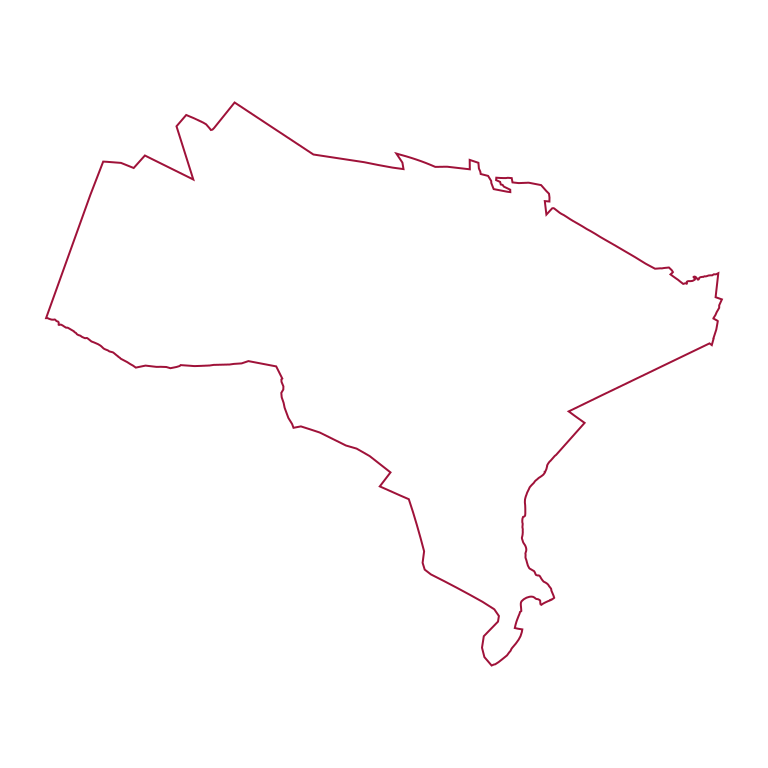 Ciuchici, Caras-Severin, Romania (Equal Earth projection)
{"feature_id": "2599482B8913809213813", "entity_name": "Ciuchici", "entity_type": "district", "adm_level": 2, "iso_a3": "ROU", "parent_name": "Romania", "parent_adm1": "Caras-Severin", "projection": "equal_earth", "projection_center": [21.626, 44.928], "detail": "fine", "context": "isolated", "style": "outline", "palette": "rose", "viewbox_px": 768, "rotation_deg": 0, "n_neighbors": 0, "source": "geoboundaries", "source_scale": "gbopen_adm2", "svg_char_len": 6082}
<svg xmlns="http://www.w3.org/2000/svg" viewBox="0 0 768 768"><path d="M491.6,665.5L494.0,664.5L495.2,664.3L498.6,662.1L502.8,658.8L507.0,655.4L509.1,652.5L510.5,650.9L511.6,648.6L512.9,647.0L515.8,643.6L518.6,639.7L520.5,636.2L521.8,632.2L522.3,629.4L517.9,628.7L514.8,628.0L515.6,624.6L516.4,621.8L517.0,620.1L518.5,616.2L519.6,613.6L520.0,612.0L520.9,611.4L521.3,611.0L521.1,608.1L520.8,605.0L520.8,603.6L521.0,602.4L521.6,601.2L523.7,599.3L526.5,597.7L529.4,596.8L531.1,596.6L532.9,596.8L534.5,597.6L535.6,598.6L536.6,599.0L538.0,599.2L539.6,600.0L540.2,600.8L540.2,601.3L540.3,602.9L540.4,603.8L540.6,604.4L541.2,604.7L541.5,604.8L542.1,604.2L544.4,602.9L545.8,602.2L548.2,601.1L549.3,600.7L550.9,600.0L550.7,599.8L552.2,599.2L553.5,598.4L554.0,598.0L554.2,597.8L553.9,596.9L553.5,595.6L552.4,593.0L551.6,591.1L551.3,590.2L551.2,589.1L551.0,588.6L550.1,587.4L549.2,586.3L548.2,584.7L547.5,584.0L546.5,583.2L545.2,582.4L544.3,582.0L543.5,581.5L543.1,581.0L542.4,580.2L541.7,579.2L541.2,578.5L540.6,577.4L539.9,576.2L539.3,575.7L538.9,575.5L538.5,575.4L538.2,575.5L537.8,575.5L537.1,575.3L536.1,575.0L535.8,574.6L535.6,574.3L535.0,572.8L534.4,571.6L533.9,571.0L533.3,570.7L531.1,569.4L529.7,568.6L529.2,568.1L528.8,567.3L528.3,566.4L527.8,565.4L527.6,564.6L527.0,562.6L526.6,561.1L526.4,560.3L525.8,558.6L525.5,557.7L525.5,556.5L525.6,554.8L525.5,554.2L525.4,553.6L525.6,552.7L526.2,550.8L526.3,549.6L526.2,548.5L525.9,547.3L525.5,546.2L524.9,545.0L524.2,544.0L523.3,542.6L522.9,541.6L522.7,540.8L522.0,538.7L521.9,538.1L521.9,537.6L522.3,536.2L522.6,534.5L522.8,532.1L522.7,530.9L522.8,529.4L522.6,528.1L522.4,527.2L522.6,525.1L522.7,523.8L522.4,522.6L522.3,522.0L522.3,520.3L522.5,518.5L523.1,516.9L523.6,516.8L524.2,516.5L524.7,516.1L525.1,515.6L525.3,513.7L525.3,512.1L525.3,508.8L525.2,505.7L525.1,504.5L524.9,502.8L524.9,501.4L525.0,499.5L525.5,497.4L525.9,496.1L526.5,494.6L527.0,493.0L527.6,491.7L528.8,489.3L529.7,487.3L530.7,486.1L531.6,485.1L533.2,483.5L533.8,482.9L534.9,481.3L535.7,480.5L536.2,480.1L537.2,479.3L538.1,478.5L538.6,478.0L540.5,476.8L542.3,475.5L543.4,474.6L544.2,473.5L544.7,472.7L544.7,472.2L545.0,472.3L545.3,471.6L545.6,470.7L546.2,469.6L546.6,468.3L546.8,467.3L547.1,466.5L547.0,466.0L547.2,465.6L547.4,464.8L548.4,463.2L549.5,461.7L550.5,460.8L552.7,458.3L554.8,455.9L556.1,454.9L582.8,424.9L584.6,422.9L574.8,415.9L568.7,411.4L601.6,395.4L709.5,343.4L711.8,345.1L713.6,338.6L713.4,338.5L716.3,329.5L717.8,321.1L717.2,320.6L713.4,318.5L713.5,318.1L715.5,314.9L716.6,312.3L719.2,307.8L719.2,305.3L721.9,299.4L715.6,297.2L718.3,273.2L716.1,274.3L714.8,274.3L713.8,274.3L712.2,275.3L710.6,275.3L708.6,275.5L706.6,276.2L705.7,276.4L704.5,276.3L704.0,276.5L703.4,276.9L702.1,276.9L700.9,277.1L700.2,277.3L699.2,278.0L698.9,279.0L698.6,279.4L698.2,279.6L697.9,279.6L697.6,279.4L697.1,278.6L696.0,277.3L695.3,276.8L694.5,276.6L694.0,276.7L693.6,276.9L693.6,277.2L694.2,277.9L695.0,278.7L695.0,279.2L694.8,279.6L694.4,279.9L694.0,280.1L693.1,280.6L692.5,280.9L691.0,281.1L689.1,281.1L688.0,281.2L687.2,281.5L686.8,281.9L686.7,282.2L687.0,283.0L686.9,283.4L686.7,283.7L685.9,283.3L685.2,283.3L683.9,283.7L683.2,283.9L680.6,281.9L677.9,279.7L676.7,278.9L672.9,276.2L670.5,274.4L671.4,273.6L672.1,273.0L672.9,272.1L671.9,270.4L670.5,269.0L668.9,267.5L667.1,267.7L665.0,267.9L663.4,268.1L661.9,268.4L660.4,268.3L659.3,268.4L656.7,268.6L655.0,268.7L650.5,266.3L647.7,264.8L645.5,263.6L640.3,260.4L635.3,257.3L630.2,254.3L625.2,251.4L620.1,248.4L615.1,245.5L610.1,242.6L605.0,239.7L600.0,236.8L595.2,233.8L590.4,231.0L586.7,229.0L582.5,226.4L578.9,224.3L573.1,221.0L570.0,219.1L566.2,216.6L565.2,216.0L564.0,215.2L561.3,213.8L559.6,212.7L557.3,210.9L554.1,208.4L553.8,208.3L553.6,208.2L553.1,208.2L552.2,208.3L546.4,214.6L544.8,201.1L549.4,201.5L549.4,201.4L549.5,197.6L549.0,193.7L546.3,191.0L541.1,185.1L528.7,182.7L518.8,183.1L512.5,182.4L511.7,178.1L507.8,177.8L505.7,178.1L500.8,178.0L496.3,177.7L496.1,180.1L500.1,181.9L500.8,184.5L502.6,184.9L503.8,186.6L510.2,189.7L510.3,192.1L507.1,191.7L493.7,189.1L493.1,187.7L491.3,183.0L491.2,181.0L488.1,175.9L480.7,174.0L480.3,171.6L478.9,168.5L478.4,162.8L469.7,159.9L469.8,169.3L447.0,166.7L435.3,166.9L430.6,164.9L425.9,163.0L421.1,161.2L416.2,159.5L411.3,157.9L406.4,156.4L401.4,155.0L396.4,153.6L402.4,162.6L403.5,169.1L392.5,167.6L378.2,165.0L364.2,162.2L313.4,154.5L234.6,102.5L214.0,128.1L212.5,129.6L210.9,130.0L209.5,128.2L206.1,124.3L203.2,122.6L193.4,118.0L186.2,115.0L176.5,126.3L193.3,179.5L152.1,159.1L144.9,155.5L133.7,168.0L121.0,162.9L106.7,161.8L103.2,161.6L90.3,195.0L46.1,318.1L47.6,318.1L49.0,318.8L50.2,319.2L51.5,319.6L52.7,319.7L53.7,319.7L54.4,319.5L55.0,319.6L55.4,319.9L56.0,320.6L56.6,321.1L58.0,321.6L58.6,322.3L58.7,322.8L58.7,323.9L58.6,324.4L58.7,324.8L59.1,324.9L60.6,324.6L61.4,324.8L63.0,325.7L64.3,326.6L66.1,327.7L67.5,327.7L68.1,327.9L73.9,331.3L74.5,332.1L76.0,333.0L76.9,334.2L77.9,334.8L78.7,335.2L79.6,335.4L80.5,335.8L82.0,336.9L84.5,338.0L85.1,338.2L86.6,338.0L87.2,338.1L88.3,338.9L91.5,341.5L92.1,341.7L94.2,342.5L98.1,344.2L100.1,345.4L101.2,346.2L103.4,348.3L104.1,348.8L105.1,349.3L107.9,350.4L109.0,351.2L109.7,351.5L112.4,352.2L113.2,352.5L114.1,353.2L117.1,355.7L117.7,356.0L117.9,356.4L118.4,356.8L120.0,357.9L120.6,358.6L121.1,358.9L127.2,362.1L130.3,364.1L133.0,365.6L135.8,367.6L145.5,365.6L156.6,366.9L160.7,366.8L166.3,367.0L170.4,368.2L176.4,367.0L179.7,366.0L180.6,365.1L190.6,365.8L194.4,366.1L200.4,365.9L209.6,365.5L213.7,364.9L229.6,364.5L233.9,363.9L241.6,363.4L248.4,361.1L276.2,366.4L282.3,378.6L281.4,379.4L281.5,381.8L283.4,386.4L283.3,389.5L281.3,392.9L281.7,397.3L283.6,402.8L284.6,407.7L287.1,414.5L288.4,418.0L292.1,424.0L293.5,427.8L300.9,426.4L310.3,429.4L319.7,432.5L332.8,439.0L345.9,445.5L356.6,448.6L369.7,456.1L390.5,472.4L379.8,486.4L400.7,495.7L408.8,499.2L413.0,512.1L416.9,525.1L420.6,538.2L424.1,551.3L422.6,562.8L424.7,569.6L430.9,574.4L443.9,581.0L456.9,587.8L469.7,594.7L482.5,601.8L494.3,609.3L498.9,616.0L498.0,621.6L483.8,636.2L482.0,647.7L484.4,657.1L491.6,665.5Z" fill="none" stroke="#9f1239" stroke-width="2"/></svg>